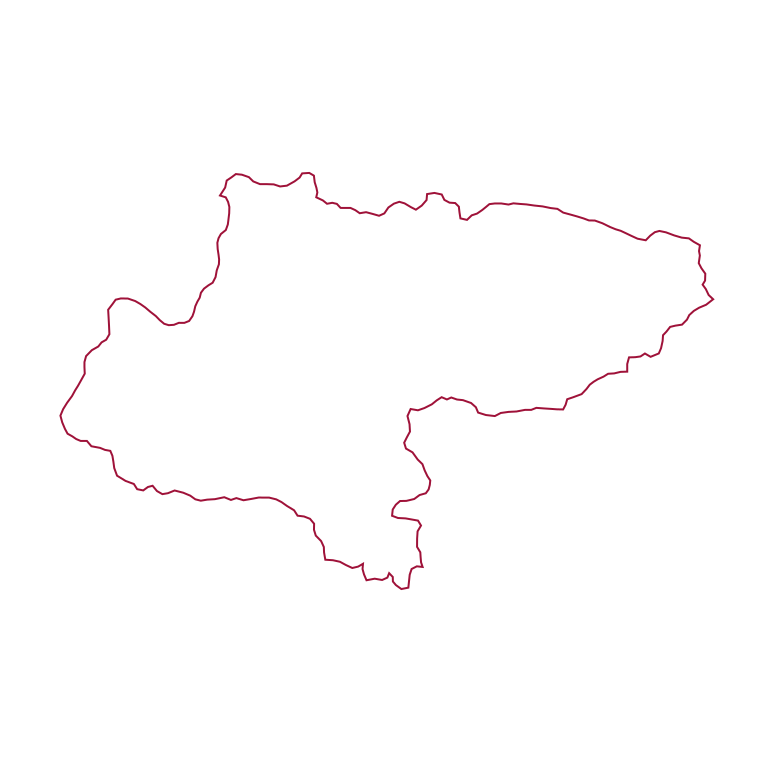 Manhuaçu, Minas Gerais, Brazil, rotated 96°
{"feature_id": "56859067B51161796395181", "entity_name": "Manhuaçu", "entity_type": "district", "adm_level": 2, "iso_a3": "BRA", "parent_name": "Brazil", "parent_adm1": "Minas Gerais", "projection": "albers", "projection_center": [-42.103, -20.184], "detail": "fine", "context": "isolated", "style": "outline", "palette": "rose", "viewbox_px": 768, "rotation_deg": 96, "n_neighbors": 0, "source": "geoboundaries", "source_scale": "gbopen_adm2", "svg_char_len": 4082}
<svg xmlns="http://www.w3.org/2000/svg" viewBox="0 0 768 768"><g transform="rotate(96 384 384)"><path d="M190.7,547.2L190.7,553.3L194.4,557.3L198.1,561.7L205.2,562.5L213.7,566.8L214.9,560.9L219.2,558.1L224.1,556.3L230.4,555.8L237.2,555.9L241.7,556.0L247.4,557.4L251.9,561.9L256.3,563.8L261.0,564.5L267.2,563.5L273.0,562.0L277.4,561.0L282.2,560.7L288.4,562.2L295.3,562.7L301.2,565.0L304.2,568.9L308.0,573.0L312.4,575.6L317.4,576.3L321.6,578.2L326.4,579.8L332.0,580.5L336.6,581.6L341.7,584.4L344.1,589.0L344.6,594.4L347.1,599.1L348.0,604.2L347.1,608.9L343.9,613.7L340.3,618.0L336.7,623.8L332.8,629.5L329.9,634.7L327.5,640.1L325.8,647.6L326.4,654.6L328.2,659.7L332.8,662.3L339.0,666.1L346.3,664.9L354.5,663.6L363.2,662.3L369.0,664.9L372.1,669.2L376.6,672.1L380.9,678.1L387.4,683.2L393.5,684.2L398.3,683.7L405.0,682.7L412.1,685.7L417.7,688.1L422.6,690.5L428.6,693.0L435.8,697.2L442.6,700.5L449.3,702.5L455.8,700.0L462.0,696.6L466.5,693.5L468.7,688.4L470.9,684.4L472.3,679.8L471.7,673.5L476.5,668.5L477.2,659.7L478.7,654.6L479.1,649.2L483.8,646.6L489.6,645.0L495.8,643.5L503.1,639.9L507.4,630.9L509.6,622.3L514.4,618.5L515.0,612.3L511.1,608.0L509.4,603.5L514.2,598.6L516.7,592.9L515.2,587.5L511.8,581.1L513.1,572.3L515.3,565.0L518.4,559.6L519.2,554.0L517.5,547.8L516.2,540.1L513.3,531.0L515.3,524.1L512.9,518.9L514.3,511.6L512.3,504.4L510.0,496.7L509.5,491.2L509.0,486.3L510.0,479.1L512.1,473.7L515.5,467.6L519.0,460.2L524.0,456.2L524.1,449.7L525.8,443.5L530.3,438.9L536.3,438.4L541.9,436.0L546.8,430.1L552.4,426.8L557.8,426.0L564.9,424.0L564.6,416.4L565.4,409.2L568.0,403.0L570.3,396.3L568.3,390.6L565.0,386.1L570.3,386.0L575.4,384.0L581.0,380.9L578.6,372.9L579.1,365.4L576.2,360.4L571.6,359.1L575.0,355.1L579.5,354.5L582.7,351.2L586.1,345.3L584.0,338.5L576.4,338.5L571.0,338.5L565.1,337.2L561.9,332.3L561.9,326.5L557.5,328.5L552.3,329.5L547.6,330.3L542.5,334.1L534.3,334.9L527.0,335.2L520.9,332.4L516.3,335.9L515.9,341.4L515.4,348.5L515.8,356.1L514.2,362.2L507.9,362.2L502.8,359.6L498.7,355.8L497.9,349.5L495.2,341.9L490.7,337.0L488.3,331.0L484.2,328.6L479.6,327.9L475.1,327.9L471.1,331.2L465.7,334.5L459.7,337.4L455.6,342.6L449.0,348.5L445.9,355.4L440.3,357.8L434.7,355.7L428.6,353.2L421.3,354.4L413.4,357.3L406.1,354.9L406.6,347.5L403.7,341.3L399.2,334.3L394.8,329.9L391.1,325.3L392.8,319.8L390.4,315.7L391.8,309.8L391.8,303.8L393.8,295.4L397.5,290.2L402.6,287.4L404.2,279.4L404.3,270.4L400.6,264.8L398.7,257.1L397.5,249.4L395.0,241.1L394.3,234.8L391.8,230.0L391.6,222.9L391.3,215.4L391.1,209.4L390.6,203.2L385.6,201.2L380.0,200.2L377.5,194.7L373.4,186.4L367.8,182.1L363.2,179.3L359.9,175.8L357.0,172.0L353.7,166.4L350.4,162.2L349.4,156.2L347.2,150.0L346.3,143.4L338.7,144.2L331.9,143.1L331.1,137.1L329.8,131.8L326.4,127.7L329.1,121.7L324.9,113.9L319.4,112.2L312.1,111.4L306.3,111.6L302.4,108.6L297.3,105.4L295.5,100.3L293.8,93.8L288.3,89.4L283.5,87.6L278.9,83.5L275.2,78.6L271.5,71.9L265.3,65.5L261.6,70.4L255.9,73.9L251.9,77.5L247.6,75.5L240.7,76.0L235.7,80.4L230.9,83.6L223.2,83.3L218.9,84.6L213.0,84.3L210.2,90.8L207.3,96.0L207.3,103.2L205.9,110.9L203.7,119.4L203.0,126.1L204.7,130.5L208.6,134.7L213.7,138.7L213.0,147.0L210.8,153.5L208.7,159.4L206.9,164.6L205.9,169.8L204.2,175.7L201.3,183.6L199.4,191.4L199.9,197.3L198.5,202.7L197.2,209.3L196.2,215.1L194.8,223.7L191.7,229.8L191.6,236.6L190.8,244.9L190.8,253.3L190.5,261.1L190.7,267.3L190.8,274.2L192.5,278.9L192.2,286.1L192.9,292.8L194.1,298.0L197.3,301.1L200.7,304.5L204.8,309.3L207.1,314.4L212.1,318.6L211.3,325.3L205.3,326.9L199.8,328.1L196.6,332.1L196.8,337.8L194.6,343.2L189.5,346.4L188.7,353.8L190.6,361.0L196.6,360.9L202.6,365.1L207.3,370.5L205.3,375.7L202.2,382.4L201.2,387.8L203.6,393.0L208.0,398.1L214.3,401.5L217.2,406.5L216.0,413.3L215.0,419.8L216.7,426.0L214.1,430.7L212.4,435.7L212.9,440.4L213.4,445.6L209.8,449.7L209.2,454.4L210.7,459.5L207.8,464.0L205.4,470.9L200.5,470.3L196.0,471.7L190.6,474.0L184.1,475.5L181.9,480.4L183.1,487.4L187.5,489.5L191.8,494.1L196.9,501.3L198.4,508.0L197.0,514.5L197.5,521.7L198.2,528.2L196.2,535.2L192.4,540.0L190.7,547.2Z" fill="none" stroke="#9f1239" stroke-width="2"/></g></svg>